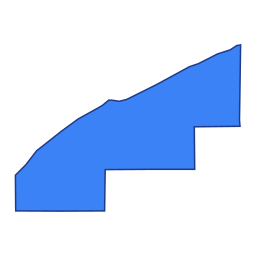 Lake, Ohio, United States of America (Natural Earth projection)
{"feature_id": "52423323B78273597344346", "entity_name": "Lake", "entity_type": "district", "adm_level": 2, "iso_a3": "USA", "parent_name": "United States of America", "parent_adm1": "Ohio", "projection": "natural_earth1", "projection_center": [-81.217, 41.712], "detail": "fine", "context": "isolated", "style": "filled", "palette": "blue", "viewbox_px": 256, "rotation_deg": 0, "n_neighbors": 0, "source": "geoboundaries", "source_scale": "gbopen_adm2", "svg_char_len": 486}
<svg xmlns="http://www.w3.org/2000/svg" viewBox="0 0 256 256"><path d="M240.0,126.3L239.5,119.8L240.6,44.9L240.4,45.0L236.8,45.5L230.3,49.8L217.6,53.9L198.7,63.5L197.4,64.0L189.4,66.7L156.3,84.7L126.5,99.5L119.6,101.2L119.3,101.3L112.1,100.2L108.8,100.1L102.0,105.7L78.1,119.0L61.7,131.0L36.7,150.7L25.8,164.8L15.4,175.2L15.6,200.3L15.7,210.9L60.6,211.1L104.6,210.9L105.2,169.6L153.3,169.3L194.7,169.3L194.3,126.8L240.0,126.3Z" fill="#3b82f6" stroke="#1e3a8a" stroke-width="1.5"/></svg>